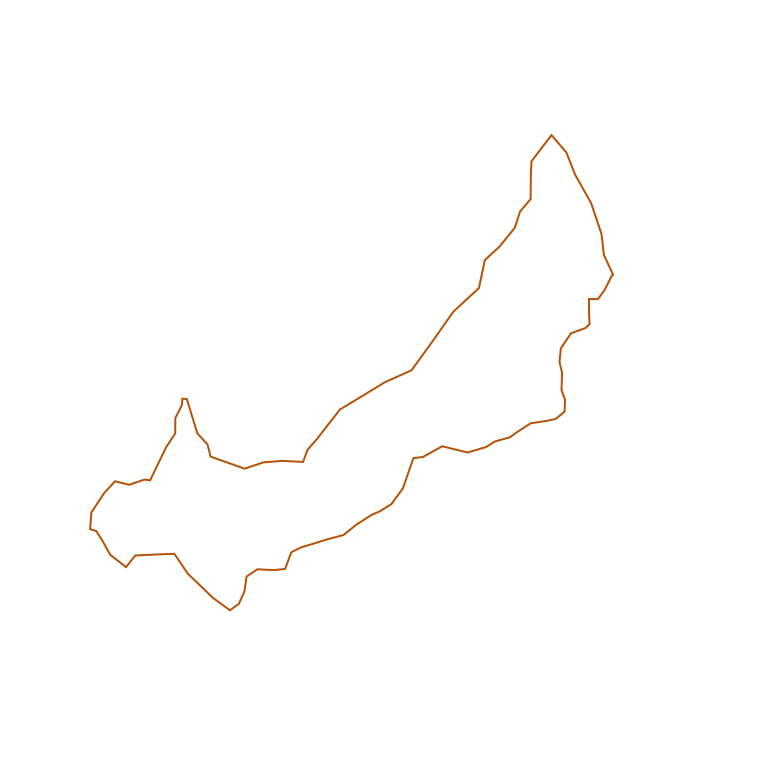 the district of Korfi, Limassol, Cyprus, rotated 216°
{"feature_id": "46923920B18588389508045", "entity_name": "Korfi", "entity_type": "district", "adm_level": 2, "iso_a3": "CYP", "parent_name": "Cyprus", "parent_adm1": "Limassol", "projection": "mercator", "projection_center": [32.963, 34.789], "detail": "fine", "context": "isolated", "style": "outline", "palette": "amber", "viewbox_px": 768, "rotation_deg": 216, "n_neighbors": 0, "source": "geoboundaries", "source_scale": "gbopen_adm2", "svg_char_len": 1336}
<svg xmlns="http://www.w3.org/2000/svg" viewBox="0 0 768 768"><g transform="rotate(216 384 384)"><path d="M375.6,110.4L372.2,121.0L375.0,134.2L382.0,147.5L377.5,159.7L363.7,168.7L355.3,176.2L360.1,193.4L355.3,202.7L338.1,225.6L328.0,238.0L323.6,254.3L317.0,271.1L312.7,278.2L307.4,291.4L307.4,310.8L316.6,341.3L309.6,347.9L300.3,367.8L276.0,377.8L264.2,393.3L260.5,402.7L250.9,414.8L248.1,423.3L242.2,438.5L231.5,449.0L224.5,456.6L221.7,467.9L228.4,477.8L236.9,483.5L246.4,497.6L254.9,504.9L261.9,516.8L262.5,534.9L254.0,547.6L252.9,553.3L259.9,562.0L268.1,573.3L260.8,578.4L260.8,589.7L263.3,605.5L262.8,607.0L282.0,617.7L296.2,633.2L322.6,652.0L352.6,665.8L372.5,678.5L394.8,683.8L395.4,659.7L395.6,650.8L387.1,638.1L374.1,619.8L375.3,603.5L370.0,587.2L371.3,563.1L374.7,546.3L375.3,543.6L363.6,517.5L370.4,483.2L369.8,445.0L369.8,411.3L384.4,385.8L397.7,354.0L404.7,337.4L405.9,299.8L407.2,285.8L403.7,273.4L421.6,261.6L435.4,249.8L447.1,233.5L462.5,229.0L481.6,223.3L491.3,231.4L505.9,234.3L534.7,255.9L538.5,253.6L535.1,248.1L532.8,233.8L523.9,221.3L523.1,204.7L519.7,186.0L516.6,168.6L521.6,165.9L530.9,152.7L544.4,147.2L546.3,131.7L545.2,108.0L536.5,93.9L530.4,95.9L518.8,91.3L505.1,84.9L485.1,84.2L484.4,99.1L466.8,113.2L453.8,123.4L431.4,115.3L396.6,110.4L375.6,110.4Z" fill="none" stroke="#b45309" stroke-width="2"/></g></svg>